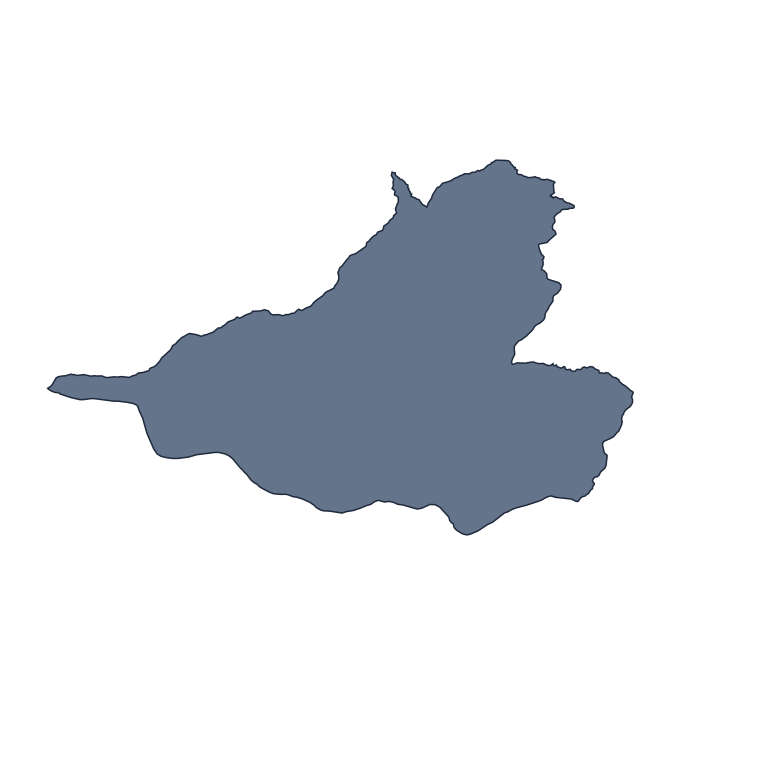 the district of Briceño, Antioquia, Colombia, rotated 230°
{"feature_id": "7082276B58597491510364", "entity_name": "Briceño", "entity_type": "district", "adm_level": 2, "iso_a3": "COL", "parent_name": "Colombia", "parent_adm1": "Antioquia", "projection": "natural_earth1", "projection_center": [-75.542, 7.121], "detail": "fine", "context": "isolated", "style": "filled", "palette": "slate", "viewbox_px": 768, "rotation_deg": 230, "n_neighbors": 0, "source": "geoboundaries", "source_scale": "gbopen_adm2", "svg_char_len": 6159}
<svg xmlns="http://www.w3.org/2000/svg" viewBox="0 0 768 768"><g transform="rotate(230 384 384)"><path d="M588.6,126.9L586.6,129.1L584.4,129.5L574.5,135.7L567.6,140.9L565.3,143.6L560.8,150.7L557.9,153.7L544.8,165.7L541.7,169.3L535.2,175.4L530.3,179.3L526.7,181.1L524.9,180.9L520.6,179.2L513.0,177.2L498.8,170.8L482.1,165.8L476.0,165.3L471.8,166.8L466.6,170.7L462.3,174.8L459.4,178.4L453.9,186.9L450.1,195.3L440.0,210.9L437.5,213.7L432.3,217.5L428.3,219.2L424.2,220.0L412.1,220.0L409.2,220.4L405.7,220.3L403.6,220.8L396.4,220.4L392.6,220.9L388.0,222.5L385.6,222.5L382.3,223.6L375.0,226.6L371.0,228.8L365.7,234.1L362.8,237.7L361.3,239.0L355.8,242.1L353.9,244.0L348.9,247.3L341.2,251.1L336.2,252.5L332.7,252.8L328.6,254.3L325.9,256.0L321.3,260.9L312.0,269.0L310.6,272.8L306.7,279.4L304.4,285.3L301.9,292.9L300.4,296.1L299.8,301.6L298.6,304.8L293.2,308.6L291.1,312.1L288.7,314.1L286.7,315.5L283.1,317.1L279.4,320.6L266.9,329.0L264.6,333.1L262.2,341.7L258.7,345.6L253.7,347.6L241.4,348.1L240.0,348.0L237.3,346.6L234.5,346.5L232.3,347.2L229.1,345.5L225.8,345.5L220.1,347.3L217.7,348.5L215.2,350.4L213.6,353.3L211.1,361.3L209.8,372.8L208.3,378.5L207.8,393.4L206.6,396.3L205.6,401.4L204.4,405.1L199.4,415.7L194.8,427.2L193.7,430.7L193.0,434.8L191.9,438.2L190.7,440.2L187.1,442.4L175.5,453.5L170.4,455.9L169.6,456.7L169.3,457.4L170.1,460.4L170.3,462.9L168.9,466.3L169.1,468.5L168.6,470.0L169.9,474.0L169.8,476.4L171.2,477.7L171.9,480.5L172.8,481.2L174.9,481.0L175.9,481.8L177.0,483.9L177.1,485.7L175.8,487.9L175.9,490.1L177.4,493.5L177.5,499.0L179.0,501.9L185.7,508.9L186.6,509.1L188.6,508.5L190.3,508.8L196.7,512.1L198.4,514.0L198.6,515.9L196.6,523.2L196.1,526.2L197.0,531.0L197.0,533.5L199.9,539.6L202.0,542.3L203.9,543.0L206.5,545.9L207.0,548.1L208.2,549.9L208.5,551.2L208.8,553.7L208.5,558.4L209.9,562.2L212.0,564.2L215.1,565.5L217.1,569.3L218.4,569.6L219.5,568.9L227.3,567.7L230.9,566.4L233.0,566.3L234.6,565.7L236.1,566.6L239.7,565.7L242.0,563.8L248.5,562.8L250.4,560.6L250.8,558.9L252.7,558.0L253.7,556.1L254.5,556.1L256.3,557.3L259.9,555.3L262.5,555.1L264.7,553.3L265.9,549.8L268.4,548.3L268.9,546.5L268.6,543.8L271.1,541.4L271.1,538.3L271.7,537.4L273.9,535.9L275.5,536.1L277.4,533.2L279.5,532.6L280.4,533.5L281.3,533.4L281.7,533.1L282.2,529.9L285.9,527.8L287.7,528.3L288.3,526.4L289.2,525.8L291.0,526.5L291.0,523.9L292.9,521.3L297.5,519.2L299.5,516.3L302.8,513.6L304.4,513.0L306.8,509.8L309.0,505.8L314.7,499.4L315.8,496.2L316.2,495.3L317.1,495.0L319.0,495.9L321.1,499.4L322.7,503.2L327.6,506.7L328.6,507.6L329.5,509.3L330.4,515.0L329.6,517.4L329.2,524.2L330.0,532.9L331.1,535.9L331.3,538.5L330.4,543.3L330.5,547.4L331.4,549.7L334.2,552.8L334.9,554.1L335.8,557.6L337.2,560.3L338.6,565.7L339.4,567.3L340.9,568.0L342.6,570.7L342.1,575.4L343.1,580.1L345.9,583.2L349.1,583.1L358.9,576.9L360.7,577.1L362.9,579.0L364.2,579.6L368.0,579.4L370.4,578.2L370.9,578.5L372.9,582.3L375.4,584.5L377.2,585.1L377.5,586.8L378.8,588.4L382.1,588.0L386.4,589.3L391.0,591.5L391.4,592.5L390.9,593.8L387.8,599.5L387.6,600.7L388.1,603.6L388.2,611.8L388.4,612.2L391.3,613.3L393.8,612.7L395.8,613.6L397.6,615.9L398.2,618.8L398.6,619.3L400.6,620.7L402.1,621.0L402.9,623.4L403.1,626.4L402.6,629.7L403.2,631.9L402.4,633.7L399.5,637.5L399.4,638.8L397.1,641.9L397.1,643.3L398.6,644.3L403.4,642.1L405.1,640.7L408.5,639.4L411.0,639.8L412.9,637.6L416.9,635.9L417.6,634.3L417.6,633.2L418.7,633.6L419.3,633.0L420.3,633.2L420.5,632.3L421.1,632.2L421.6,633.3L421.0,635.8L421.0,637.5L422.8,638.3L427.7,641.8L428.5,642.8L428.6,644.4L429.9,644.4L432.0,642.8L433.0,642.7L433.9,641.5L435.5,641.1L437.2,638.6L437.2,637.6L438.3,637.5L439.7,635.7L440.3,635.4L441.7,635.6L444.4,633.4L445.8,633.0L446.4,631.3L449.5,626.9L451.8,626.0L453.3,624.6L456.0,623.9L457.5,622.1L459.8,621.1L461.5,622.6L461.7,623.5L462.9,623.5L464.8,622.4L465.5,623.7L467.3,622.8L469.3,623.1L470.8,622.7L472.4,623.3L474.7,622.9L476.5,621.5L482.7,614.6L483.7,613.0L483.6,611.2L484.4,608.6L483.9,607.3L484.8,604.0L484.4,598.3L485.2,596.7L485.7,594.3L487.4,592.9L487.5,590.2L489.6,587.5L490.1,584.5L493.3,580.8L494.1,576.9L494.8,575.7L494.8,574.5L496.2,570.2L496.7,566.0L497.9,562.7L500.2,557.8L499.4,553.6L500.2,551.4L500.1,550.4L497.5,542.5L495.8,539.9L494.1,534.1L492.4,531.6L492.1,530.4L493.4,530.3L496.8,528.8L502.8,529.3L504.8,527.9L506.2,527.7L510.5,525.2L511.6,527.3L512.7,526.6L513.7,527.4L517.3,527.8L517.8,528.7L519.4,528.5L520.5,529.9L521.2,530.2L523.4,529.2L524.9,529.8L529.0,529.2L530.3,527.9L531.9,528.1L535.7,527.1L537.2,527.3L538.4,528.3L541.1,526.3L539.0,523.7L534.3,522.8L532.8,520.6L529.9,518.7L528.5,515.9L525.2,516.5L524.1,516.0L523.3,514.6L521.9,513.6L519.1,514.9L517.3,514.5L514.1,511.8L513.5,510.0L510.7,505.2L506.8,503.5L506.8,499.7L505.5,498.0L505.6,493.5L504.6,490.7L505.1,485.1L503.3,483.4L502.8,482.0L502.8,481.2L504.4,476.7L503.4,474.2L504.1,470.7L503.6,465.8L503.1,464.4L503.4,462.3L502.9,460.9L501.5,459.4L501.0,458.1L502.1,446.0L503.9,441.6L504.1,440.1L503.2,437.5L503.1,435.1L501.4,427.8L501.5,425.4L501.1,424.2L498.9,420.3L494.8,418.1L493.0,416.2L491.5,413.0L490.7,409.1L489.7,407.3L490.8,402.0L491.3,400.9L491.7,397.5L491.0,393.8L491.6,386.6L491.5,382.0L490.7,378.7L490.9,377.0L492.2,373.6L493.1,368.3L496.2,366.6L496.0,360.4L497.4,358.9L498.6,355.2L500.1,353.8L500.9,351.1L502.2,349.7L504.7,348.1L508.7,343.0L510.4,342.4L514.5,342.4L517.8,340.1L519.4,336.2L524.2,330.1L523.8,328.5L524.0,327.0L525.7,322.9L527.0,316.1L527.3,315.6L529.3,314.8L529.8,314.2L529.6,310.8L531.8,304.5L531.5,299.5L532.0,297.8L531.8,295.4L533.5,292.8L533.5,286.7L535.9,279.7L537.3,277.3L537.8,274.8L541.9,272.4L547.3,267.9L548.0,266.8L549.5,258.9L549.4,253.9L548.7,250.3L549.3,246.6L548.1,244.5L547.3,241.8L546.9,230.6L545.6,226.7L544.8,221.2L545.1,218.5L546.2,215.7L546.2,214.2L545.4,212.6L545.6,211.4L546.4,210.4L547.6,207.0L550.3,202.9L550.4,199.9L552.0,196.3L552.6,193.3L558.3,187.8L560.5,184.5L563.4,181.3L566.7,176.2L568.2,174.9L571.6,173.0L575.0,168.8L576.3,167.7L578.5,164.4L584.1,160.1L588.0,154.1L590.2,152.9L591.4,151.4L592.8,150.5L594.9,145.5L597.3,142.1L599.0,139.0L599.4,136.8L596.7,129.2L596.5,126.2L596.9,123.6L595.3,123.7L591.9,124.9L588.6,126.9Z" fill="#64748b" stroke="#1e293b" stroke-width="1.5"/></g></svg>